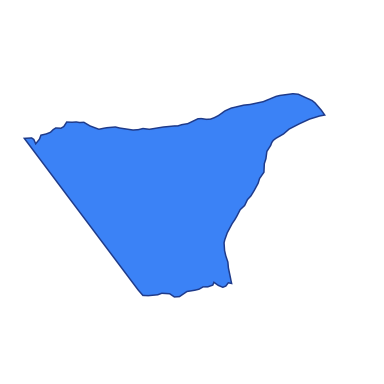 the district of Itacuruba, Pernambuco, Brazil, rotated 255°
{"feature_id": "56859067B97519106704715", "entity_name": "Itacuruba", "entity_type": "district", "adm_level": 2, "iso_a3": "BRA", "parent_name": "Brazil", "parent_adm1": "Pernambuco", "projection": "natural_earth1", "projection_center": [-38.723, -8.77], "detail": "fine", "context": "isolated", "style": "filled", "palette": "blue", "viewbox_px": 384, "rotation_deg": 255, "n_neighbors": 0, "source": "geoboundaries", "source_scale": "gbopen_adm2", "svg_char_len": 1420}
<svg xmlns="http://www.w3.org/2000/svg" viewBox="0 0 384 384"><g transform="rotate(255 192 192)"><path d="M93.4,206.6L96.3,206.7L98.8,206.9L109.2,207.5L115.0,208.5L121.7,208.1L127.0,208.3L134.6,209.8L137.4,211.3L143.5,215.5L151.2,222.7L154.2,226.2L157.0,229.0L162.5,234.0L165.3,239.3L170.3,243.6L173.0,247.9L177.4,252.5L183.3,258.1L187.6,260.8L192.5,266.6L200.7,269.2L205.0,272.0L211.8,274.8L216.7,280.1L219.1,281.8L220.9,283.9L222.2,287.1L224.4,295.4L227.7,302.2L230.1,313.3L232.0,324.4L232.4,335.0L232.0,340.1L237.7,338.0L246.2,333.9L249.2,331.7L258.9,320.0L260.8,314.9L262.5,301.9L262.6,298.0L260.8,284.2L261.5,270.7L262.5,264.5L262.9,251.6L261.8,244.8L259.0,237.4L258.0,232.7L257.6,228.6L258.5,224.6L260.5,220.0L261.2,216.7L259.1,205.6L259.7,199.6L259.5,195.4L260.4,191.8L262.2,181.0L263.6,167.0L266.0,161.1L266.1,156.3L267.1,151.1L272.5,138.7L274.6,134.9L275.6,129.4L276.1,126.5L276.4,123.4L276.7,118.3L282.2,110.6L287.3,105.6L288.2,101.4L289.6,98.3L290.4,94.2L292.0,89.1L288.4,85.1L287.5,81.9L289.1,77.0L288.2,74.1L286.3,70.7L285.8,66.2L286.0,60.8L282.5,58.3L279.0,53.5L283.7,52.8L285.7,51.1L287.2,43.9L222.0,70.1L188.8,83.5L111.2,114.7L104.8,117.8L103.2,122.9L101.6,132.3L102.0,136.6L99.5,144.1L95.2,147.8L94.2,152.8L97.2,161.4L96.4,169.3L96.3,173.6L97.5,178.2L96.3,182.7L96.7,188.0L99.1,189.8L95.0,193.2L92.0,197.1L92.4,200.3L94.9,203.6L93.4,206.6Z" fill="#3b82f6" stroke="#1e3a8a" stroke-width="1.5"/></g></svg>